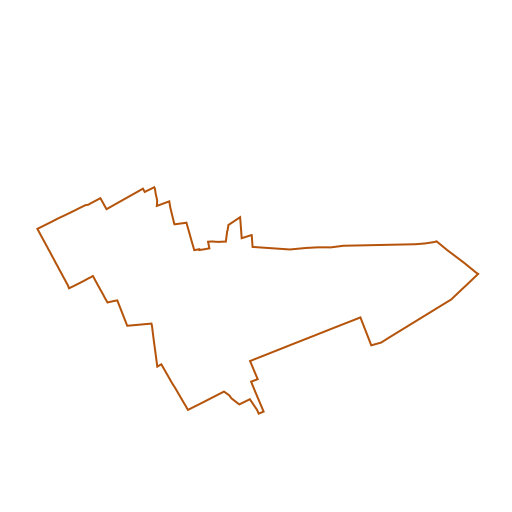 Macesu De Jos, Dolj, Romania (Natural Earth projection), rotated 235°
{"feature_id": "2599482B63888529601134", "entity_name": "Macesu De Jos", "entity_type": "district", "adm_level": 2, "iso_a3": "ROU", "parent_name": "Romania", "parent_adm1": "Dolj", "projection": "natural_earth1", "projection_center": [23.709, 43.853], "detail": "fine", "context": "isolated", "style": "outline", "palette": "amber", "viewbox_px": 512, "rotation_deg": 235, "n_neighbors": 0, "source": "geoboundaries", "source_scale": "gbopen_adm2", "svg_char_len": 2888}
<svg xmlns="http://www.w3.org/2000/svg" viewBox="0 0 512 512"><g transform="rotate(235 256 256)"><path d="M113.9,427.7L116.4,426.7L131.2,422.5L151.2,416.0L164.5,412.3L165.0,410.4L169.4,401.5L174.3,393.2L214.3,333.4L220.1,322.3L227.4,312.0L234.0,301.4L241.9,287.5L265.4,258.4L273.4,263.2L275.6,264.5L275.7,264.4L278.8,254.5L292.9,262.9L296.9,265.2L297.2,251.2L293.3,247.4L292.8,246.6L292.6,246.4L288.0,242.2L285.1,239.5L285.2,239.4L285.8,238.5L286.4,237.5L287.2,236.4L287.4,236.0L287.7,235.7L287.9,235.3L288.0,235.0L288.2,234.7L288.5,234.2L288.9,233.6L289.1,233.3L289.4,233.0L289.9,232.3L290.3,231.7L290.8,231.1L291.2,230.6L291.5,230.3L292.0,229.7L292.7,228.8L292.9,228.7L293.0,228.5L293.1,228.3L293.2,228.1L293.3,227.9L293.5,227.7L293.7,227.4L293.9,227.1L294.0,226.9L294.1,226.7L294.3,226.4L294.4,226.2L294.6,225.9L294.7,225.7L294.9,225.5L295.0,225.3L295.1,225.1L295.2,224.9L289.0,222.2L291.4,217.0L293.4,213.0L294.1,213.4L296.2,208.8L304.2,211.5L306.5,212.3L320.0,217.0L323.2,218.1L323.3,217.8L324.5,215.5L328.7,207.4L329.0,207.4L335.1,209.8L344.9,213.6L350.5,216.3L353.9,203.5L354.7,204.2L358.3,207.0L358.9,207.2L361.3,208.2L364.9,209.7L368.4,211.5L369.5,211.9L370.7,212.1L372.3,201.6L376.0,202.0L376.2,199.9L377.4,187.8L377.8,183.7L380.1,160.4L392.6,161.7L393.9,151.3L394.2,148.0L395.5,145.4L396.6,138.4L397.2,134.1L399.1,122.2L400.4,114.9L401.3,107.9L403.4,94.0L403.6,92.5L391.0,91.0L385.3,90.4L383.8,90.2L381.9,90.0L380.6,89.8L379.0,89.7L371.9,88.8L369.0,88.5L364.7,87.9L362.2,87.7L360.0,87.4L356.7,87.0L353.7,86.7L352.0,86.5L349.8,86.2L348.0,86.0L345.9,85.8L342.9,85.4L340.8,85.2L339.4,85.0L337.6,84.5L336.8,84.3L336.1,88.6L335.3,93.9L334.3,101.1L333.7,106.7L333.3,108.5L333.3,109.7L333.2,110.9L331.7,110.8L328.6,110.4L325.8,110.1L324.2,109.9L321.6,109.6L320.1,109.5L317.0,109.1L315.1,109.0L313.4,108.8L311.7,108.6L309.4,108.3L307.4,108.1L306.6,108.0L306.4,108.0L303.1,107.7L300.4,114.4L299.5,116.1L299.2,116.9L272.7,110.5L264.5,124.8L260.6,131.6L257.8,130.4L252.6,127.6L244.6,123.4L229.5,115.6L222.0,111.7L221.6,116.3L221.2,116.3L216.7,115.9L210.2,115.3L204.1,114.7L199.6,114.3L197.3,114.2L195.9,114.2L194.9,114.1L194.1,114.1L193.2,114.0L192.3,113.9L191.5,113.9L190.9,113.8L190.3,113.8L189.5,113.7L188.4,113.6L187.4,113.5L186.4,113.4L185.5,113.4L184.7,113.3L184.0,113.2L183.0,113.1L182.1,113.1L181.0,113.0L180.0,112.9L178.9,112.8L177.7,112.7L176.4,112.6L175.5,112.5L174.4,112.5L173.4,112.4L172.4,112.3L171.6,112.2L170.6,112.1L170.0,112.1L169.0,112.0L168.9,112.4L168.5,115.1L168.0,118.8L166.8,126.7L163.3,152.0L157.1,154.2L153.8,154.2L152.6,154.5L144.0,157.2L142.2,168.8L129.3,168.6L125.3,167.8L124.2,173.0L143.8,177.2L155.9,179.9L154.1,186.7L160.5,188.1L173.4,190.9L161.4,241.3L157.3,258.3L153.4,274.8L145.8,306.3L116.7,299.2L113.3,308.9L112.9,317.6L109.6,371.9L109.6,372.6L108.4,391.0L110.6,405.3L111.5,412.0L113.9,427.7Z" fill="none" stroke="#b45309" stroke-width="2"/></g></svg>